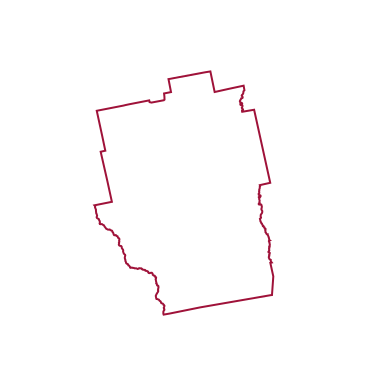 the district of Chivilcoy, Buenos Aires, Argentina, rotated 35°
{"feature_id": "61730980B82313314600145", "entity_name": "Chivilcoy", "entity_type": "district", "adm_level": 2, "iso_a3": "ARG", "parent_name": "Argentina", "parent_adm1": "Buenos Aires", "projection": "mercator", "projection_center": [-59.874, -34.908], "detail": "fine", "context": "isolated", "style": "outline", "palette": "rose", "viewbox_px": 384, "rotation_deg": 35, "n_neighbors": 0, "source": "geoboundaries", "source_scale": "gbopen_adm2", "svg_char_len": 5946}
<svg xmlns="http://www.w3.org/2000/svg" viewBox="0 0 384 384"><g transform="rotate(35 192 192)"><path d="M195.7,89.0L187.1,97.5L186.7,97.2L186.2,96.5L186.4,95.8L186.5,95.7L186.6,95.3L186.3,95.0L185.2,94.9L184.9,94.7L184.5,94.5L184.4,93.3L183.9,92.4L183.7,92.2L183.2,92.2L182.5,92.7L181.8,92.8L181.3,92.5L181.1,92.1L182.1,91.8L182.5,91.2L182.4,90.8L181.8,90.5L181.3,90.5L180.8,90.8L180.2,91.0L179.8,90.6L179.2,90.3L179.0,89.9L178.9,89.3L178.8,87.5L178.6,87.1L179.0,86.5L179.3,86.3L179.4,86.1L179.3,85.6L179.0,85.2L178.5,84.9L177.6,84.7L177.4,84.5L177.3,83.9L177.5,82.9L177.4,82.0L177.3,81.6L176.9,80.9L176.6,80.4L176.4,79.9L176.5,79.3L176.6,78.8L176.6,78.6L173.3,75.3L162.8,86.6L153.2,97.1L137.9,82.7L134.0,86.5L108.0,113.0L117.5,122.2L112.6,127.3L114.7,129.7L116.5,132.1L116.3,133.0L107.5,142.0L105.7,142.7L104.4,141.5L90.2,156.2L87.6,159.0L86.3,160.5L67.4,180.1L86.3,197.6L97.3,207.9L94.1,211.4L116.4,231.6L132.0,246.0L119.7,258.9L120.7,259.2L121.0,259.4L121.2,260.0L121.5,260.3L122.0,260.6L122.5,261.0L123.1,261.3L123.5,261.6L124.1,262.5L125.9,264.5L126.5,264.7L126.8,265.0L127.6,265.6L127.9,265.9L128.3,267.3L128.7,267.6L129.1,267.8L130.0,267.8L131.0,267.6L131.4,267.8L132.2,268.4L133.2,268.8L133.4,269.2L133.9,269.6L134.1,269.9L134.2,270.4L134.4,270.8L134.9,271.1L135.2,271.0L135.6,270.8L136.4,270.1L136.9,269.9L137.8,270.0L139.0,269.8L139.4,270.0L140.2,270.5L141.2,270.7L141.8,270.9L142.3,271.2L143.0,271.3L143.9,271.1L144.5,271.1L145.0,270.9L146.1,269.9L147.1,270.1L147.7,269.8L148.7,269.6L149.1,269.8L149.5,270.2L149.9,270.4L150.5,270.4L151.0,270.8L151.8,271.3L152.3,271.8L152.6,271.9L153.0,272.0L153.4,271.8L153.8,271.6L154.0,271.2L154.4,271.0L154.9,271.0L155.4,271.3L156.4,271.0L157.1,271.5L157.6,271.9L158.6,271.8L159.1,271.9L159.7,272.4L160.1,273.5L160.8,274.1L161.0,274.7L161.0,275.1L161.5,275.4L161.7,275.9L162.1,276.9L162.5,277.3L163.0,277.5L163.5,277.5L165.0,276.9L165.7,277.1L166.3,277.8L166.6,278.1L167.3,278.5L167.9,278.6L168.2,278.7L168.5,278.8L169.1,279.2L169.7,280.3L171.5,281.6L173.2,281.8L173.7,282.2L174.5,284.2L174.9,284.7L175.3,285.1L175.7,285.3L176.1,285.8L176.5,285.9L177.1,286.8L177.6,287.0L178.2,287.4L178.6,287.9L179.6,288.2L180.4,287.9L180.9,287.9L181.2,288.2L181.5,288.2L182.0,288.6L182.7,288.4L184.2,288.9L184.6,289.4L185.1,289.4L185.6,289.0L185.9,288.5L186.3,288.3L186.9,288.2L187.4,287.9L187.8,287.6L188.9,287.4L190.1,286.5L191.7,286.2L192.0,285.7L192.2,285.2L192.4,284.7L192.9,284.6L193.8,283.9L194.3,283.6L194.6,283.6L195.0,283.9L195.3,283.9L195.6,283.7L196.0,283.9L196.7,283.6L198.2,282.8L198.7,283.0L199.0,283.2L199.7,282.9L200.1,282.6L200.8,282.5L201.3,282.6L201.8,282.4L202.1,282.7L202.4,283.0L202.9,283.2L203.5,283.0L203.9,282.7L204.6,281.8L205.1,281.4L205.5,281.2L206.3,281.4L206.9,281.8L207.3,282.3L208.1,282.4L208.7,282.4L209.2,282.0L209.5,282.0L210.0,282.3L210.5,282.3L210.9,282.8L211.2,282.6L211.6,282.6L212.1,283.5L212.3,284.4L212.7,284.6L213.0,285.0L214.2,286.2L214.7,286.5L215.0,286.9L215.1,287.3L215.4,287.3L215.7,287.6L216.1,287.6L216.5,288.1L216.8,288.3L217.0,288.5L217.5,288.5L217.9,288.2L218.3,288.3L219.0,289.0L219.3,289.4L219.5,290.1L219.8,290.5L219.9,291.0L220.2,291.3L220.4,291.9L220.9,292.2L221.0,292.5L221.3,292.8L221.4,293.4L221.4,294.6L221.5,295.1L221.5,296.1L221.9,297.9L223.9,299.8L224.3,300.0L224.7,299.7L226.6,299.2L227.5,299.6L228.1,299.7L228.7,299.6L229.2,299.7L230.2,300.5L230.8,300.6L232.0,300.2L232.9,300.4L233.3,300.5L233.5,300.8L234.1,300.7L234.6,300.9L235.1,301.9L235.1,302.5L235.3,303.1L235.8,303.3L236.1,303.8L236.6,303.9L237.0,304.5L237.0,305.8L237.2,306.5L237.6,307.1L238.4,308.2L239.1,308.7L243.5,304.3L264.9,281.8L315.6,231.4L316.6,230.5L307.0,214.5L296.8,205.1L297.8,204.0L297.5,203.9L297.2,203.9L296.4,203.6L295.9,203.0L295.7,202.9L295.5,202.7L295.4,202.4L295.2,202.4L294.7,202.6L294.4,202.5L293.9,202.5L293.8,202.4L293.5,202.3L293.2,202.0L292.9,201.8L292.7,201.8L292.5,201.6L292.2,201.2L291.9,200.4L292.0,200.1L292.0,199.9L291.4,199.6L291.2,199.3L291.2,198.8L291.1,198.7L291.1,198.2L290.8,197.8L290.8,197.5L290.7,197.3L290.4,197.2L289.9,197.2L289.6,197.4L289.3,197.5L288.9,197.1L289.0,196.8L288.9,196.3L288.8,196.1L288.9,195.8L288.9,195.7L288.7,195.3L288.2,194.9L288.1,194.7L287.8,194.5L287.7,194.4L287.7,194.0L287.4,193.8L287.2,193.4L286.8,192.9L286.8,192.6L286.7,192.5L287.0,192.2L286.7,191.8L286.4,191.7L286.2,190.9L286.1,190.7L285.7,190.2L285.3,190.0L285.1,189.8L284.9,189.3L284.6,189.1L284.3,189.0L284.1,188.9L283.7,188.4L283.4,188.3L283.4,187.8L283.1,187.6L283.3,187.3L283.5,187.0L283.3,187.0L283.2,187.1L282.8,187.0L281.8,185.9L281.6,185.8L281.3,185.5L281.0,185.3L280.9,185.1L280.6,185.0L280.2,184.6L279.6,184.3L279.1,183.9L278.5,183.8L278.3,183.6L278.2,183.3L277.7,183.6L277.3,183.6L276.7,183.4L276.4,183.2L276.0,183.0L275.4,182.8L275.1,182.7L274.6,181.8L274.4,181.6L274.1,181.5L273.8,181.2L273.8,180.8L273.7,180.5L273.5,180.1L273.3,180.0L272.4,180.2L272.2,180.0L272.2,179.8L272.0,179.7L271.6,179.4L271.0,179.5L270.7,179.4L270.3,179.0L270.1,178.9L269.8,179.3L269.6,179.3L269.2,178.8L268.1,178.3L267.6,177.9L267.4,177.8L267.0,177.9L266.5,177.7L266.4,177.5L266.2,177.4L265.5,177.0L265.0,176.9L264.4,176.2L263.0,175.0L263.3,173.6L263.1,173.2L262.7,173.0L262.2,172.6L261.8,171.9L261.5,171.5L261.4,170.9L261.4,170.2L261.4,169.1L261.1,168.2L260.5,167.3L259.4,166.8L258.8,166.4L258.5,166.0L258.3,165.2L257.6,163.9L256.7,163.1L256.0,162.6L255.3,162.7L255.0,163.3L254.0,163.8L253.5,163.6L253.3,163.0L253.5,161.9L252.9,161.4L252.7,161.1L252.6,160.7L252.4,160.3L252.1,160.0L251.7,159.8L251.2,159.4L250.8,158.7L249.9,158.2L249.6,157.9L249.7,157.4L250.0,157.2L250.7,157.1L250.7,156.9L250.7,156.4L250.5,155.9L250.1,155.6L249.7,155.6L249.1,155.8L248.7,156.0L248.3,156.0L247.9,155.6L247.6,155.2L247.6,154.8L247.7,154.4L247.6,154.1L247.3,153.7L246.7,153.2L246.4,152.3L246.2,152.2L245.9,151.9L245.5,150.9L245.5,150.5L245.2,149.9L244.8,149.2L244.5,148.9L244.5,148.2L244.0,147.8L243.6,147.5L250.8,139.6L195.7,89.0Z" fill="none" stroke="#9f1239" stroke-width="2"/></g></svg>